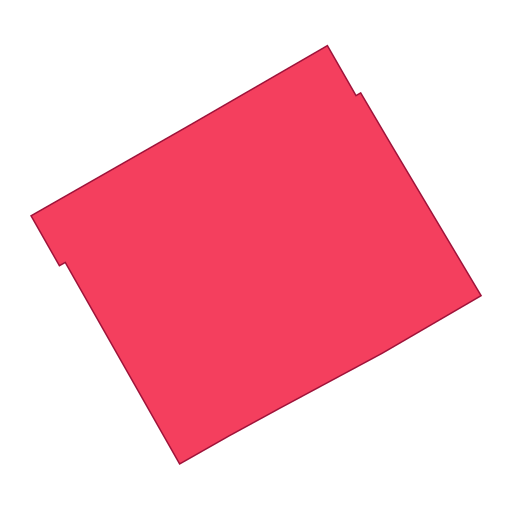 the district of Ford, Kansas, United States of America, rotated 330°
{"feature_id": "52423323B50939961364147", "entity_name": "Ford", "entity_type": "district", "adm_level": 2, "iso_a3": "USA", "parent_name": "United States of America", "parent_adm1": "Kansas", "projection": "albers", "projection_center": [-99.859, 37.691], "detail": "fine", "context": "isolated", "style": "filled", "palette": "rose", "viewbox_px": 512, "rotation_deg": 330, "n_neighbors": 0, "source": "geoboundaries", "source_scale": "gbopen_adm2", "svg_char_len": 335}
<svg xmlns="http://www.w3.org/2000/svg" viewBox="0 0 512 512"><g transform="rotate(330 256 256)"><path d="M423.0,109.5L265.0,109.6L81.3,108.7L80.9,166.1L87.6,166.2L85.9,397.9L142.9,398.3L200.1,399.7L316.9,403.3L431.1,402.9L428.7,226.8L428.2,167.1L422.8,167.1L423.0,109.5Z" fill="#f43f5e" stroke="#9f1239" stroke-width="1.5"/></g></svg>